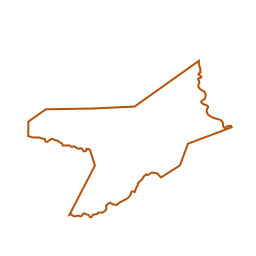 Tomala, Lempira, Honduras, rotated 328°
{"feature_id": "27666195B14707888377394", "entity_name": "Tomala", "entity_type": "district", "adm_level": 2, "iso_a3": "HND", "parent_name": "Honduras", "parent_adm1": "Lempira", "projection": "orthographic", "projection_center": [-88.742, 14.255], "detail": "fine", "context": "isolated", "style": "outline", "palette": "amber", "viewbox_px": 256, "rotation_deg": 328, "n_neighbors": 0, "source": "geoboundaries", "source_scale": "gbopen_adm2", "svg_char_len": 5633}
<svg xmlns="http://www.w3.org/2000/svg" viewBox="0 0 256 256"><g transform="rotate(328 128 128)"><path d="M223.7,108.6L144.9,113.3L107.6,92.3L68.2,68.6L46.9,69.8L39.1,82.0L40.3,83.3L41.4,84.7L41.9,85.2L42.2,85.5L42.5,85.7L44.0,86.6L46.1,88.1L46.9,88.5L47.4,88.9L47.7,89.1L48.2,89.7L48.5,90.1L49.0,90.9L49.3,91.3L49.5,91.5L51.1,92.7L51.7,93.2L51.7,93.3L51.6,93.7L51.5,94.0L51.2,94.3L51.1,94.6L51.0,94.9L51.0,95.2L51.0,95.6L51.1,96.0L51.3,96.3L51.6,96.7L51.8,96.8L52.0,96.9L52.4,96.9L52.7,97.0L53.2,96.9L54.1,96.7L54.5,96.7L55.2,96.7L56.6,96.8L57.3,96.9L57.7,97.0L58.0,97.1L58.4,97.5L58.7,97.8L58.9,98.2L59.1,98.5L59.3,99.1L59.4,99.4L59.7,99.7L60.4,100.3L61.0,100.8L61.8,101.7L61.9,101.9L62.1,102.5L62.3,103.5L62.4,103.9L62.8,104.5L63.2,104.9L63.4,105.3L63.6,105.7L63.7,106.0L63.8,106.2L63.8,106.4L63.4,108.2L63.4,108.3L64.3,108.8L65.6,109.6L68.8,111.5L69.1,111.9L69.4,112.5L69.6,112.9L69.7,113.5L69.8,113.6L69.9,113.8L70.3,114.1L70.8,114.4L71.2,114.5L71.8,114.6L72.1,114.7L72.3,114.9L72.6,115.2L73.1,115.9L73.5,116.7L73.7,117.1L73.8,117.7L73.9,118.0L74.1,118.5L74.4,118.8L74.9,119.2L75.4,119.5L75.8,119.7L76.4,119.8L76.8,120.0L77.4,120.2L77.8,120.6L78.0,122.8L78.1,123.9L78.2,124.2L78.5,124.6L78.8,124.8L79.3,125.1L79.6,125.1L79.9,125.2L80.3,125.1L80.7,125.0L80.8,124.9L81.0,124.8L81.2,124.5L81.3,124.3L81.4,124.1L81.5,123.9L81.8,123.8L82.2,123.9L82.5,124.2L83.1,124.7L83.4,125.0L83.6,125.3L83.8,125.6L84.0,126.0L84.1,126.4L80.1,142.3L32.3,170.6L32.9,170.7L33.4,170.9L33.8,171.1L34.1,171.3L34.2,171.5L34.3,171.9L34.5,172.5L35.0,173.4L35.4,174.2L35.6,174.4L35.8,174.6L36.1,174.8L36.7,175.0L37.2,175.2L38.7,175.7L38.9,175.8L39.6,176.2L39.9,176.4L40.1,176.6L40.2,176.8L40.3,177.2L40.5,177.4L40.6,177.6L40.9,177.8L41.1,177.9L41.4,177.9L41.6,178.0L41.8,178.0L42.2,177.9L43.0,177.5L43.6,177.3L44.8,177.0L45.2,177.0L45.3,177.1L45.5,177.2L45.7,177.4L46.0,177.7L46.7,178.8L47.5,179.8L48.1,180.3L48.3,180.6L48.4,180.9L48.5,181.3L48.6,183.4L48.6,183.5L48.8,183.7L49.2,183.9L49.7,184.1L49.9,184.2L50.0,184.1L52.3,183.0L55.4,184.3L56.2,184.6L56.4,184.6L56.6,184.6L57.2,184.3L57.6,184.0L57.8,184.0L58.4,184.3L60.2,185.4L61.0,185.8L61.5,186.0L61.9,186.1L62.3,186.2L62.7,186.3L63.4,186.2L64.0,186.2L65.4,185.8L65.9,185.6L66.3,185.5L66.5,185.4L66.6,185.2L67.0,184.8L67.3,184.2L67.7,183.4L67.8,183.1L67.8,182.7L68.0,182.5L68.1,182.4L68.7,182.3L70.1,182.0L70.3,181.9L70.6,181.8L70.8,181.7L71.4,181.7L72.7,181.7L73.2,181.8L73.3,181.9L73.5,182.1L73.6,182.5L74.3,184.0L74.6,184.5L74.9,184.9L75.4,185.3L75.7,185.5L76.3,186.0L76.6,186.2L76.8,186.4L77.0,186.8L77.3,187.0L77.5,187.1L78.1,187.1L81.3,186.8L81.9,186.8L84.0,186.9L86.4,187.1L87.0,187.1L87.8,187.3L88.6,187.4L89.8,187.3L91.3,187.2L92.1,187.0L92.8,186.8L93.5,186.6L94.1,186.3L94.5,186.1L95.1,185.6L96.2,184.7L96.9,184.0L97.0,184.0L97.2,183.9L97.5,184.0L97.8,184.0L98.1,184.2L98.4,184.4L98.6,184.6L98.9,184.9L99.2,185.3L99.4,185.6L99.7,185.8L99.8,185.9L100.0,185.8L100.5,185.2L101.4,184.5L102.4,183.9L103.0,183.5L103.2,183.3L103.6,182.8L103.9,182.5L104.4,182.3L104.7,182.2L105.0,182.2L105.5,182.1L105.8,181.9L106.0,181.7L106.2,181.3L106.5,180.9L106.8,180.6L107.2,180.2L108.1,179.9L109.1,179.6L109.7,179.5L111.8,179.2L113.0,178.9L113.5,178.7L113.8,178.5L114.2,178.2L114.5,178.0L114.9,177.8L115.3,177.6L116.4,177.3L117.3,177.1L118.0,177.0L118.6,176.9L118.9,177.0L119.1,177.1L119.3,177.4L119.3,177.8L119.4,178.0L119.5,178.1L119.9,178.3L120.3,178.4L122.0,178.4L123.0,178.4L124.2,178.3L124.4,178.4L124.7,178.4L125.8,179.3L127.5,180.9L128.4,181.6L128.6,182.0L128.8,182.4L129.0,183.4L129.5,185.8L129.9,187.4L152.1,187.3L170.6,173.1L216.3,182.3L216.4,181.6L216.5,181.0L216.4,180.8L216.1,180.6L214.9,180.0L213.6,179.3L213.3,179.1L213.1,179.1L212.1,179.2L211.5,179.3L210.9,179.5L210.7,179.5L210.3,179.3L210.0,179.0L209.8,178.8L209.7,178.4L209.6,178.0L209.6,177.6L209.7,177.2L210.0,176.3L210.3,175.7L211.1,174.0L211.2,173.8L211.2,173.5L211.3,172.8L211.2,172.2L211.1,171.5L210.9,170.9L210.7,170.4L210.5,169.9L210.2,169.5L209.9,169.1L209.5,168.7L208.4,167.6L207.5,166.7L206.5,165.5L205.8,164.5L205.1,163.5L204.5,162.5L203.4,160.3L203.2,160.0L203.1,159.5L203.0,158.9L203.0,158.2L203.1,157.6L203.2,156.9L203.4,156.2L203.7,155.4L203.9,154.8L204.1,154.6L204.7,154.1L205.4,153.6L206.4,153.1L206.8,152.9L207.0,152.6L207.1,152.4L207.2,152.2L207.2,151.9L207.2,151.6L207.1,151.3L206.9,150.9L206.7,150.5L206.4,150.1L205.3,148.6L204.6,147.7L204.2,147.1L204.1,146.6L203.9,145.9L203.8,145.5L203.8,145.2L203.9,144.8L204.0,144.5L204.2,144.4L204.5,144.3L205.2,144.1L205.9,144.0L206.6,144.0L207.5,144.1L207.9,144.0L208.5,143.9L208.8,143.8L209.3,143.5L209.6,143.2L210.2,142.6L210.7,142.0L211.3,141.2L211.5,140.7L211.6,140.4L211.8,139.6L212.0,138.7L212.0,138.2L212.0,137.8L211.8,137.2L211.6,136.6L211.4,136.2L210.8,135.5L210.4,134.8L210.1,134.2L209.9,133.5L209.7,132.6L209.6,131.6L209.5,130.5L209.6,130.3L209.7,130.0L209.8,129.7L210.1,129.4L210.4,128.9L210.7,128.5L211.0,128.3L211.2,128.2L211.9,127.8L212.1,127.7L212.4,127.4L212.6,127.2L212.9,126.5L213.1,125.9L213.2,125.6L213.3,125.3L213.3,124.9L213.3,124.6L213.2,124.2L213.2,123.9L213.3,123.7L213.5,123.5L213.6,123.4L213.8,123.3L214.0,123.3L214.3,123.3L214.8,123.4L215.7,123.7L216.4,123.9L216.7,124.0L216.9,124.0L217.1,123.9L217.3,123.7L217.3,123.2L217.3,122.9L217.1,122.2L216.8,121.5L216.2,120.2L216.1,119.9L216.2,119.6L216.3,119.5L216.5,119.4L217.7,119.3L218.9,119.3L219.1,119.1L219.3,118.9L219.3,118.7L219.4,118.2L219.6,117.6L219.7,117.4L219.9,117.2L220.4,116.7L220.6,116.6L220.7,116.4L220.9,115.1L221.2,113.9L221.2,113.6L221.5,113.0L221.6,112.6L221.7,112.2L221.8,111.7L221.9,111.4L222.1,111.0L222.8,110.1L223.7,108.6Z" fill="none" stroke="#b45309" stroke-width="2"/></g></svg>